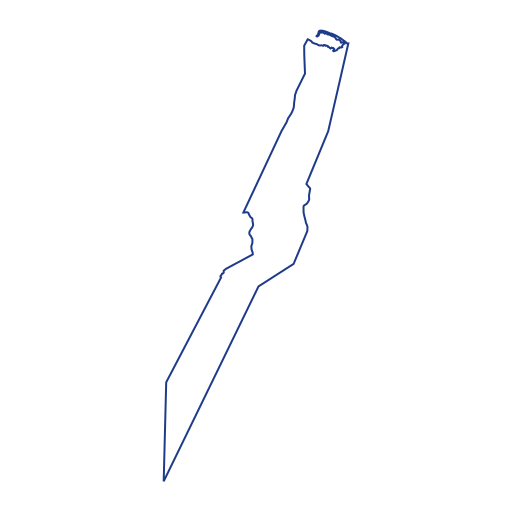 Gagaemauga II, Gaga'emauga, Samoa (Mercator projection)
{"feature_id": "51752279B40413162878901", "entity_name": "Gagaemauga II", "entity_type": "district", "adm_level": 2, "iso_a3": "WSM", "parent_name": "Samoa", "parent_adm1": "Gaga'emauga", "projection": "mercator", "projection_center": [-172.342, -13.526], "detail": "fine", "context": "isolated", "style": "outline", "palette": "blue", "viewbox_px": 512, "rotation_deg": 0, "n_neighbors": 0, "source": "geoboundaries", "source_scale": "gbopen_adm2", "svg_char_len": 2013}
<svg xmlns="http://www.w3.org/2000/svg" viewBox="0 0 512 512"><path d="M348.3,43.5L347.4,43.6L344.4,41.0L343.8,40.7L341.1,38.6L338.6,37.2L336.4,35.8L332.8,34.1L331.2,33.5L330.3,33.5L328.2,32.5L326.1,31.7L323.9,31.0L322.2,30.7L319.9,30.7L319.1,31.1L318.7,31.7L318.4,33.2L317.5,35.1L316.6,36.1L317.1,36.5L318.4,35.8L319.1,34.5L319.3,33.4L320.0,32.6L323.2,32.5L324.7,33.7L325.7,33.3L326.7,33.6L327.3,34.3L329.8,34.8L331.2,35.7L334.2,36.8L335.4,37.7L336.2,39.2L336.7,39.7L339.0,39.7L340.5,40.9L340.8,42.3L341.2,42.7L341.6,42.3L343.4,42.3L344.7,42.8L344.7,43.6L343.8,43.9L342.9,44.8L342.0,46.2L342.2,47.1L341.3,47.5L339.6,47.3L339.2,48.2L338.4,48.3L337.6,49.0L336.8,50.2L336.2,50.3L334.9,50.9L333.5,51.2L333.2,50.8L333.8,50.3L334.1,48.8L333.2,48.0L332.6,48.2L331.7,47.6L330.5,48.5L329.0,47.2L328.2,47.0L328.2,46.4L327.0,45.7L325.7,45.8L325.7,45.4L324.5,45.0L323.7,45.1L323.1,45.8L321.6,45.3L320.0,45.5L318.8,45.3L316.5,44.0L314.7,43.6L313.0,42.9L312.0,42.3L311.8,41.7L310.7,40.8L308.5,39.6L307.7,39.3L304.2,45.7L304.2,48.9L304.3,55.9L305.0,73.6L297.0,89.7L296.5,90.8L295.0,95.2L294.8,98.0L294.1,102.9L294.0,105.3L293.6,108.0L292.3,111.4L291.0,114.0L288.2,118.1L286.2,123.1L285.8,123.6L281.6,130.9L243.4,212.5L244.7,212.5L246.9,212.2L248.1,212.7L248.6,213.3L249.0,214.5L250.4,217.0L252.2,218.4L252.5,219.4L252.5,221.2L253.1,224.1L253.0,225.6L252.2,227.4L251.1,228.8L249.5,231.7L249.3,232.8L249.4,234.0L250.0,235.2L250.9,236.1L251.5,237.6L252.2,238.6L252.4,239.2L252.4,242.9L251.3,246.4L251.6,249.6L252.1,251.1L252.6,252.3L252.8,254.4L226.2,268.7L223.7,270.7L223.7,272.6L223.2,273.3L222.0,273.7L221.8,274.5L220.6,275.8L220.5,276.8L221.1,277.4L166.2,382.3L163.7,481.3L258.5,286.4L293.6,263.9L307.3,231.1L307.5,226.9L306.9,225.0L306.0,223.0L305.3,219.8L304.5,216.8L303.6,212.7L303.5,207.9L303.6,206.1L304.2,205.4L306.7,203.8L307.6,202.6L308.6,201.0L309.2,199.5L309.0,196.2L309.1,194.7L310.2,188.9L309.7,187.8L308.4,186.5L306.4,184.0L328.2,131.2L340.2,79.1L348.3,43.5Z" fill="none" stroke="#1e3a8a" stroke-width="2"/></svg>